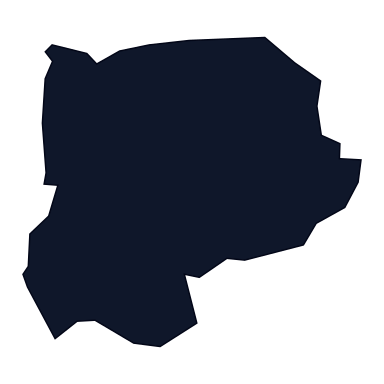 Grundy, Tennessee, United States of America
{"feature_id": "52423323B63648176328273", "entity_name": "Grundy", "entity_type": "district", "adm_level": 2, "iso_a3": "USA", "parent_name": "United States of America", "parent_adm1": "Tennessee", "projection": "natural_earth1", "projection_center": [-85.737, 35.373], "detail": "fine", "context": "isolated", "style": "filled", "palette": "ink", "viewbox_px": 384, "rotation_deg": 0, "n_neighbors": 0, "source": "geoboundaries", "source_scale": "gbopen_adm2", "svg_char_len": 593}
<svg xmlns="http://www.w3.org/2000/svg" viewBox="0 0 384 384"><path d="M23.0,274.3L27.5,287.0L55.1,338.6L77.1,321.2L95.0,320.2L133.7,343.1L160.1,346.5L196.8,323.1L184.3,274.2L199.3,277.3L226.9,258.3L244.7,260.1L303.4,244.9L316.2,223.3L344.8,207.4L358.1,182.2L361.0,159.9L339.4,158.7L339.9,143.7L321.3,135.3L316.9,106.1L320.6,81.0L294.6,62.8L264.8,37.5L189.1,40.5L149.3,44.9L119.7,51.0L96.7,64.0L86.8,53.5L52.1,44.9L45.3,51.8L52.6,61.3L45.2,78.7L42.4,123.2L46.1,172.9L44.1,184.1L57.9,185.2L48.7,216.1L29.9,234.0L28.3,266.4L23.0,274.3Z" fill="#0f172a" stroke="#020617" stroke-width="1.5"/></svg>